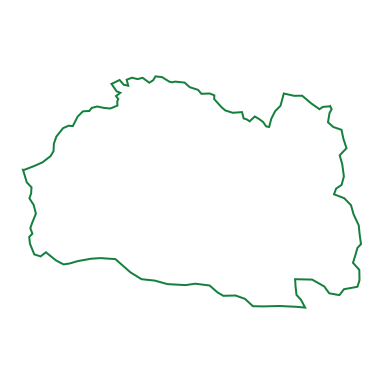 Arakapas, Limassol, Cyprus (orthographic projection)
{"feature_id": "46923920B61372906166582", "entity_name": "Arakapas", "entity_type": "district", "adm_level": 2, "iso_a3": "CYP", "parent_name": "Cyprus", "parent_adm1": "Limassol", "projection": "orthographic", "projection_center": [33.105, 34.852], "detail": "fine", "context": "isolated", "style": "outline", "palette": "green", "viewbox_px": 384, "rotation_deg": 0, "n_neighbors": 0, "source": "geoboundaries", "source_scale": "gbopen_adm2", "svg_char_len": 1848}
<svg xmlns="http://www.w3.org/2000/svg" viewBox="0 0 384 384"><path d="M23.0,169.8L26.8,182.4L31.5,187.3L31.1,193.5L29.4,198.3L33.7,205.0L35.9,213.6L32.0,223.3L30.3,228.2L32.4,233.7L29.2,236.9L30.0,243.9L34.3,254.4L40.6,256.4L45.9,252.3L56.1,260.5L60.1,262.6L63.6,264.4L70.0,263.4L77.7,261.1L91.2,258.7L100.5,258.1L115.4,259.1L123.0,265.8L130.5,272.4L141.5,279.2L154.8,280.6L167.4,284.1L185.4,285.1L195.4,283.7L209.6,285.5L217.4,292.3L223.3,295.8L235.5,295.5L244.9,298.8L252.9,306.2L262.9,306.4L279.6,306.0L296.5,306.8L305.1,307.6L301.0,299.8L296.5,294.9L295.5,285.7L295.1,279.2L312.2,279.6L324.3,286.5L329.2,293.3L339.4,295.1L344.0,289.2L357.3,286.8L357.5,286.7L359.5,280.2L359.3,269.9L354.4,264.4L353.0,262.8L355.3,255.4L356.7,250.5L357.5,247.8L361.0,244.1L359.7,234.9L358.7,225.3L353.6,214.4L351.0,205.2L344.2,198.2L334.0,194.3L336.1,188.6L341.6,184.9L343.9,176.4L342.2,164.1L339.7,155.3L346.5,148.2L343.4,138.8L341.5,129.8L333.3,127.0L328.0,122.3L329.5,113.1L331.6,109.3L330.2,106.2L330.1,106.3L322.8,106.9L319.5,109.2L311.5,103.6L302.1,95.7L294.1,95.8L283.8,93.5L280.5,105.8L275.2,111.1L271.3,118.7L269.1,127.0L266.2,126.4L263.1,122.0L259.5,119.3L254.8,116.5L253.2,118.0L249.6,121.3L246.6,119.3L243.7,118.5L242.0,112.1L232.7,112.8L225.2,110.4L221.4,107.1L214.2,99.1L214.3,95.3L209.7,93.5L201.4,93.8L198.1,89.9L189.8,87.2L184.6,82.6L175.0,81.6L172.3,82.3L169.4,81.7L162.0,77.1L155.5,76.4L153.1,80.3L149.3,82.7L142.6,77.8L137.6,79.1L132.0,77.7L126.7,79.7L128.2,85.7L123.7,84.7L119.6,80.0L111.5,83.9L116.5,91.2L120.3,92.8L116.0,96.1L118.3,99.0L117.2,101.6L117.5,105.5L113.8,107.1L110.3,108.5L103.9,107.9L97.3,106.5L91.7,107.9L89.3,111.0L83.0,111.3L77.7,116.5L72.8,126.1L68.6,125.7L63.0,128.2L56.4,136.5L53.9,143.7L53.5,151.2L50.6,156.1L45.6,159.9L42.6,162.3L34.2,166.0L23.9,170.0L23.0,169.8Z" fill="none" stroke="#15803d" stroke-width="2"/></svg>